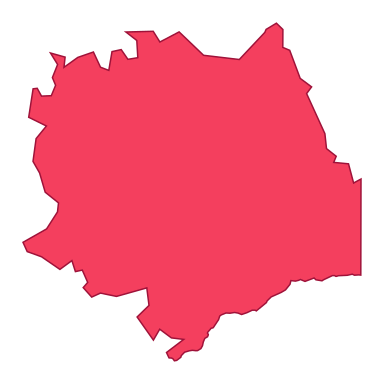 Blount, Tennessee, United States of America
{"feature_id": "52423323B92517842712244", "entity_name": "Blount", "entity_type": "district", "adm_level": 2, "iso_a3": "USA", "parent_name": "United States of America", "parent_adm1": "Tennessee", "projection": "mercator", "projection_center": [-83.924, 35.674], "detail": "fine", "context": "isolated", "style": "filled", "palette": "rose", "viewbox_px": 384, "rotation_deg": 0, "n_neighbors": 0, "source": "geoboundaries", "source_scale": "gbopen_adm2", "svg_char_len": 1661}
<svg xmlns="http://www.w3.org/2000/svg" viewBox="0 0 384 384"><path d="M37.2,88.3L33.1,88.8L28.7,117.3L46.4,126.0L36.1,138.6L33.0,161.4L39.6,173.0L45.2,192.2L58.5,202.9L57.5,211.9L46.6,228.9L23.0,242.3L27.2,251.6L41.6,256.8L59.9,269.4L71.9,260.6L75.4,271.6L82.3,270.1L87.7,282.4L83.2,287.6L91.7,297.1L100.4,293.1L116.5,296.4L146.8,287.9L149.0,305.4L137.1,317.0L153.4,340.1L159.7,329.2L171.4,337.9L183.7,339.4L166.5,352.5L169.2,358.3L169.2,358.0L171.3,358.0L172.8,358.6L174.4,360.8L176.7,360.4L180.8,357.3L181.3,355.6L184.6,352.2L189.3,350.8L192.4,350.3L195.9,350.7L197.6,350.6L200.9,348.6L202.5,345.7L203.3,342.0L204.8,338.4L207.5,336.8L208.2,335.2L208.3,334.3L207.5,333.4L207.6,332.4L211.2,328.2L212.9,327.9L213.5,327.3L218.6,319.6L219.7,316.1L221.3,314.9L226.0,313.0L230.0,313.2L234.6,312.5L238.1,313.1L241.6,314.5L246.9,312.7L252.2,310.2L255.1,310.2L256.3,310.9L266.4,302.6L267.1,300.9L271.2,296.9L281.2,292.4L285.5,289.9L290.0,284.3L290.9,280.6L295.5,281.1L298.7,280.3L300.4,279.5L305.0,281.4L314.1,278.0L315.9,279.8L322.0,280.8L323.7,279.7L332.4,275.6L334.6,275.6L335.7,276.3L336.6,276.3L338.4,275.7L347.2,275.3L352.3,274.2L354.4,275.2L358.7,274.9L360.8,275.1L361.0,179.0L353.6,183.0L348.5,163.8L333.7,162.4L336.2,156.3L326.5,148.6L324.9,133.7L306.6,93.6L311.6,86.9L300.2,78.4L289.7,50.3L282.8,47.4L282.9,29.5L276.4,23.2L266.1,29.4L264.8,32.4L239.3,59.5L203.6,55.3L179.1,31.9L159.9,42.0L153.2,31.3L125.9,32.0L136.8,40.5L137.8,57.7L127.9,59.3L121.2,49.6L112.0,51.6L108.8,70.4L100.5,67.2L93.4,52.0L77.8,57.4L64.0,67.3L65.1,57.1L50.5,53.0L57.6,64.5L52.4,77.6L55.6,85.3L51.3,95.7L41.5,96.1L37.2,88.3Z" fill="#f43f5e" stroke="#9f1239" stroke-width="1.5"/></svg>